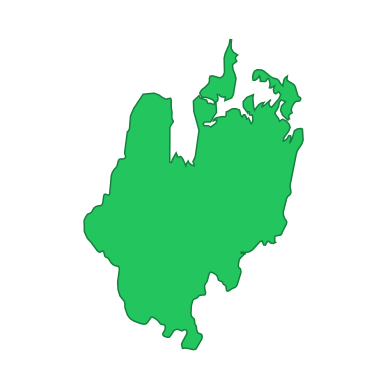 SVG path tracing the border of Mayo, rotated 98°
{"feature_id": "IRL-714", "entity_name": "Mayo", "entity_type": "County", "adm_level": 1, "iso_a3": "IRL", "parent_name": "Ireland", "parent_adm1": "", "projection": "natural_earth1", "projection_center": [-9.466, 53.907], "detail": "fine", "context": "isolated", "style": "filled", "palette": "green", "viewbox_px": 384, "rotation_deg": 98, "n_neighbors": 0, "source": "natural_earth", "source_scale": "10m", "svg_char_len": 6008}
<svg xmlns="http://www.w3.org/2000/svg" viewBox="0 0 384 384"><g transform="rotate(98 192 192)"><path d="M141.4,264.4L141.4,264.0L138.1,262.7L125.2,263.5L117.1,261.2L102.0,254.0L99.4,243.4L100.5,238.3L102.6,234.4L103.7,230.7L102.1,226.3L103.8,225.4L110.9,224.4L115.9,222.9L120.3,222.5L122.3,222.0L124.2,220.5L125.3,220.4L129.1,222.3L131.1,222.9L165.6,218.2L165.6,216.4L162.8,216.0L155.4,213.2L158.0,211.7L159.2,211.5L159.2,209.9L158.4,208.0L160.4,205.8L166.8,201.8L165.3,201.7L161.8,200.1L163.3,199.2L164.5,197.7L165.3,195.8L165.7,193.6L163.6,194.1L161.9,195.3L156.5,193.7L130.0,193.6L111.8,201.5L101.7,203.3L95.6,198.4L97.9,197.0L99.0,190.4L102.2,188.6L101.6,186.4L101.6,185.4L102.2,183.7L102.2,182.2L100.8,182.2L100.8,180.6L109.7,178.8L111.3,179.5L115.4,181.7L118.0,182.2L120.1,183.5L120.9,189.1L123.0,190.4L124.6,189.6L124.5,187.7L124.2,185.1L125.0,182.2L123.2,180.8L121.7,179.0L120.0,177.7L117.4,177.4L117.4,178.8L118.5,180.6L116.4,180.0L115.2,178.3L113.0,172.4L113.1,170.2L112.2,169.1L111.0,168.9L107.9,169.2L107.3,168.4L106.7,166.9L105.3,165.6L104.0,163.6L103.4,160.1L104.2,156.5L106.3,155.4L108.7,154.8L110.9,152.7L108.3,151.8L108.2,150.4L109.9,149.0L112.3,148.0L110.9,146.3L116.1,142.9L114.3,141.8L112.2,141.7L107.3,142.9L107.8,144.9L107.6,145.8L106.6,146.1L104.7,146.3L104.7,148.0L105.9,148.0L100.6,153.0L95.4,153.9L90.7,150.9L87.0,144.7L90.6,144.8L98.9,142.9L102.3,141.5L96.6,138.3L94.4,136.0L93.3,133.2L94.5,133.8L97.1,134.4L98.3,134.9L95.9,132.1L89.5,126.7L92.0,128.0L94.2,128.1L96.0,127.0L97.1,125.0L87.5,118.9L83.3,117.7L80.6,120.2L83.2,122.7L82.2,124.7L79.1,125.7L75.5,125.0L77.2,127.5L78.0,128.3L78.0,129.9L75.4,129.6L73.1,130.0L69.2,131.7L69.2,133.2L71.6,133.9L72.5,135.3L72.9,139.8L71.3,139.9L67.7,141.5L70.2,142.7L72.5,144.9L72.9,147.0L69.7,148.0L66.2,147.8L63.5,146.8L61.8,144.4L61.5,139.8L62.6,137.0L66.9,130.2L67.8,127.5L68.4,123.2L70.0,121.2L72.1,119.7L74.3,116.8L68.5,116.7L66.1,115.8L64.0,113.7L67.6,113.7L69.2,111.5L70.3,108.3L71.8,105.6L73.8,104.2L82.0,100.5L82.8,99.5L83.2,98.3L84.0,97.4L85.8,97.3L86.9,98.1L87.3,99.5L87.6,101.0L88.2,102.2L90.6,103.6L93.8,104.9L97.1,105.2L99.7,103.8L101.1,105.7L102.6,106.7L104.2,106.7L106.0,105.6L106.3,106.3L106.3,106.7L106.5,106.9L107.4,107.0L103.3,113.0L98.9,115.7L94.2,115.2L89.6,111.9L88.4,116.6L91.3,118.0L95.6,118.2L99.0,119.4L102.0,121.0L104.6,119.3L107.1,116.6L109.8,115.3L107.3,112.4L108.5,108.6L111.5,105.2L114.3,103.8L118.3,104.7L124.8,108.3L128.9,108.8L127.8,106.8L126.4,105.5L122.6,103.8L122.6,102.2L124.4,101.6L126.1,101.5L130.2,102.2L126.7,100.6L117.0,99.0L115.0,96.6L113.9,93.1L114.3,91.4L125.1,89.2L129.1,89.9L136.1,93.3L139.7,94.0L171.5,95.8L173.5,95.5L177.0,94.3L179.0,94.0L180.7,94.5L183.2,96.6L184.7,97.3L199.4,98.9L201.2,98.5L203.4,97.6L205.6,96.3L207.0,94.9L208.7,93.9L211.0,94.2L219.3,97.1L220.9,97.3L222.3,98.3L223.8,102.8L224.7,103.8L228.0,103.4L229.9,102.9L230.3,102.2L231.5,104.0L231.8,105.9L231.4,107.6L230.3,108.8L230.3,110.4L234.4,111.9L234.4,113.7L230.8,115.6L231.7,117.8L240.7,123.9L243.0,126.6L244.5,130.3L244.5,134.9L245.7,134.9L245.9,130.3L246.3,131.6L250.9,135.0L252.0,135.5L253.2,135.8L257.2,136.0L258.6,135.8L259.7,135.5L260.4,134.9L261.3,133.5L262.1,133.0L264.3,132.4L265.5,132.4L277.7,134.4L279.3,135.1L280.3,135.9L282.5,139.4L284.9,141.9L285.2,143.0L285.0,143.8L284.2,144.3L281.1,145.1L280.3,145.6L279.8,146.3L279.1,147.9L276.9,149.6L276.4,150.3L276.2,152.1L275.9,152.9L275.4,153.6L271.9,155.3L270.9,156.3L270.2,157.4L268.8,160.8L268.9,162.6L269.9,163.4L271.7,163.8L278.0,164.5L281.4,166.1L282.8,166.5L286.1,165.9L289.1,164.7L290.2,164.5L291.3,164.6L292.1,165.0L292.4,166.1L292.5,167.1L293.4,170.1L293.8,170.6L296.5,172.6L297.8,175.1L299.4,176.2L304.5,176.8L312.6,176.1L314.4,175.6L315.8,174.5L317.3,172.3L318.3,171.8L319.6,171.4L321.8,171.1L323.7,169.5L324.4,169.1L328.3,168.0L330.0,167.1L330.6,166.5L331.0,165.7L331.3,163.8L331.6,163.0L332.2,162.4L333.1,162.0L334.1,161.7L336.6,162.0L346.9,166.2L347.5,167.2L347.9,168.7L347.3,176.0L348.2,179.6L344.8,181.1L342.6,180.9L333.6,177.5L331.6,177.4L330.3,177.8L329.5,178.8L329.3,179.8L329.5,180.6L330.6,182.0L330.9,182.8L330.0,187.0L330.1,187.9L330.5,188.8L330.9,189.6L332.0,190.7L338.4,193.8L339.0,194.4L339.2,195.5L339.2,197.1L338.6,199.7L337.7,200.8L336.6,201.2L335.6,201.0L332.7,199.8L331.5,199.6L330.1,199.6L328.5,199.9L327.7,200.6L327.3,201.5L327.4,203.5L327.0,204.9L324.5,207.4L323.3,209.1L321.8,212.2L321.5,213.8L321.7,215.0L327.7,218.1L329.0,219.3L329.4,220.1L329.6,221.9L329.4,224.7L327.9,231.3L326.8,234.1L325.8,235.9L322.7,238.8L316.8,241.9L314.8,242.5L312.6,242.8L309.9,243.6L305.0,248.8L299.3,251.5L291.5,253.1L279.1,253.1L277.1,253.6L276.0,254.4L275.7,257.3L275.5,258.3L274.9,260.0L274.2,261.1L273.2,262.4L269.6,265.4L268.9,266.5L268.7,267.7L268.0,269.1L266.8,269.8L264.7,270.5L263.6,271.1L263.0,271.8L263.0,272.6L263.4,273.4L264.5,274.7L264.3,276.0L263.3,277.7L255.9,284.9L252.9,288.6L251.3,289.9L246.9,292.7L245.2,293.3L242.1,293.7L236.2,294.8L234.8,294.8L231.6,293.8L228.9,292.6L228.3,292.0L227.1,289.8L226.3,289.0L225.6,288.4L222.8,287.5L221.2,286.6L219.9,285.2L219.2,283.9L218.7,282.8L218.1,280.1L217.1,279.4L215.3,278.8L208.4,278.9L206.8,278.6L206.3,277.9L206.1,277.2L206.7,275.5L206.7,274.6L206.5,273.8L204.6,273.3L186.8,274.2L184.5,273.8L180.7,272.4L178.6,270.8L177.5,270.2L176.7,269.9L171.6,269.3L170.6,269.1L169.8,268.5L169.3,267.8L168.8,264.8L168.4,263.8L167.3,262.7L166.1,262.7L164.9,263.1L163.3,264.0L161.8,264.2L141.4,264.4ZM91.9,180.6L94.1,179.7L96.2,179.2L98.1,179.4L99.5,180.6L99.5,182.2L98.0,184.1L96.8,187.9L96.3,192.0L97.0,195.3L92.9,198.1L89.4,196.6L85.9,193.2L81.8,190.4L79.3,190.2L76.8,190.6L74.8,190.2L74.1,187.9L74.5,184.4L75.0,181.7L74.8,179.4L72.8,177.4L69.0,176.5L55.0,178.8L49.9,178.3L40.7,175.7L35.8,175.6L35.8,174.0L40.6,173.8L44.6,173.0L47.8,170.5L50.0,165.8L51.5,167.2L53.0,167.6L54.6,167.2L56.3,165.8L60.3,169.6L65.0,168.5L69.7,165.8L73.5,164.2L89.7,164.6L93.2,165.8L97.0,172.2L93.2,172.2L93.7,174.1L93.6,176.0L93.0,177.6L91.9,178.8L91.9,180.6Z" fill="#22c55e" stroke="#15803d" stroke-width="1.5"/></g></svg>